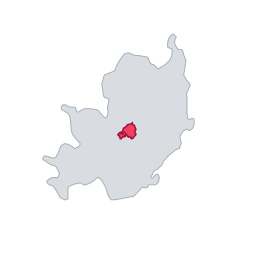 Obwalden highlighted on a map of Switzerland, rotated 138°
{"feature_id": "CHE-3427", "entity_name": "Obwalden", "entity_type": "Canton", "adm_level": 1, "iso_a3": "CHE", "parent_name": "Switzerland", "parent_adm1": "", "projection": "albers", "projection_center": [8.312, 46.869], "detail": "fine", "context": "in_parent", "style": "filled", "palette": "rose", "viewbox_px": 256, "rotation_deg": 138, "n_neighbors": 0, "source": "natural_earth", "source_scale": "10m", "svg_char_len": 3798}
<svg xmlns="http://www.w3.org/2000/svg" viewBox="0 0 256 256"><g transform="rotate(138 128 128)"><path d="M184.2,82.4L185.5,83.2L188.6,86.0L188.0,90.7L184.6,98.3L182.9,104.5L182.7,109.2L183.1,111.4L183.8,111.4L187.1,111.7L188.8,111.6L194.1,112.8L198.5,114.6L199.3,116.6L199.9,118.9L205.1,122.1L211.0,124.1L213.0,123.4L220.0,115.5L222.9,116.7L224.7,120.8L224.7,122.9L222.9,131.1L222.7,135.5L224.5,138.4L224.7,140.6L224.3,142.7L221.3,142.9L217.4,141.9L214.0,138.5L211.5,139.0L209.4,139.9L208.3,143.3L207.4,147.3L207.8,149.5L209.4,151.2L210.7,154.8L211.7,159.4L212.4,161.6L211.7,162.5L209.6,163.2L207.9,162.6L204.8,157.1L203.3,155.0L200.9,154.7L196.8,156.1L190.4,159.4L187.8,159.4L185.6,158.8L183.5,156.2L181.7,151.0L181.1,147.8L179.9,147.9L175.8,147.1L173.9,148.4L173.9,153.6L173.6,160.2L171.6,164.4L165.9,171.8L163.8,175.0L163.0,177.3L162.9,179.3L163.8,182.8L165.0,186.0L164.0,187.9L161.0,188.9L158.8,186.9L157.9,183.4L153.2,178.6L155.3,174.5L155.0,173.5L147.3,171.4L143.9,168.4L139.3,163.0L138.4,160.7L138.6,153.1L138.3,151.3L137.7,150.4L135.5,150.5L132.3,153.1L129.5,157.0L123.6,161.4L122.9,162.3L124.9,166.6L124.8,168.3L120.0,175.1L119.0,177.4L112.9,181.6L110.1,183.2L101.6,180.0L99.2,179.6L95.4,181.7L90.0,183.6L81.3,185.5L78.1,184.0L76.6,182.6L75.9,180.5L73.8,176.8L71.4,174.6L69.7,172.2L67.5,169.6L66.1,167.4L68.1,160.5L66.8,158.1L66.1,154.6L66.5,152.3L65.8,151.7L58.0,150.2L51.6,150.4L46.9,152.6L43.0,156.4L42.5,157.2L42.8,157.9L44.5,161.4L41.3,165.1L36.3,167.8L32.8,168.0L31.3,167.4L31.3,163.4L34.3,162.0L36.9,159.5L37.9,155.9L38.3,153.3L35.6,150.2L36.0,148.3L37.8,144.7L38.9,141.5L40.3,138.8L45.8,134.5L51.3,130.0L52.2,125.3L52.7,119.4L53.5,118.0L60.8,114.7L62.6,113.3L63.6,111.3L69.4,104.9L75.1,98.5L76.2,96.3L77.2,95.0L77.2,94.0L76.5,93.1L73.9,92.5L73.0,90.5L76.0,86.8L79.6,84.6L83.1,84.6L84.5,85.7L84.4,86.9L85.9,88.2L88.6,88.7L91.8,88.3L95.1,87.0L97.2,83.7L98.4,81.2L103.5,78.4L107.0,79.9L116.6,80.3L123.7,79.6L128.1,77.7L133.6,77.7L137.3,78.7L137.9,78.6L138.9,78.3L139.9,77.3L143.4,76.6L143.8,75.7L143.7,74.8L143.1,74.4L138.8,74.8L137.2,74.2L136.8,72.6L138.1,69.9L141.3,67.6L143.9,67.1L145.8,67.7L150.5,71.8L151.6,71.9L152.3,71.1L153.2,70.7L154.8,71.5L156.7,74.1L157.0,74.5L167.4,73.5L169.7,73.5L176.8,77.9L184.2,82.4Z" fill="#d9dde1" stroke="#a8b0b8" stroke-width="1"/><path d="M135.3,128.9L133.5,129.6L132.0,130.6L131.6,130.8L131.1,130.8L130.3,130.6L128.1,130.3L127.6,130.4L126.5,130.8L126.3,130.8L126.0,130.7L125.5,130.5L125.0,130.2L123.6,129.2L122.8,129.0L121.4,129.0L122.1,127.8L121.9,126.9L121.7,126.4L121.5,125.8L121.6,125.4L122.4,123.7L122.5,122.8L122.7,122.4L122.8,122.1L123.2,121.6L123.3,121.5L123.5,121.4L123.8,121.4L124.0,121.5L124.4,121.6L125.4,120.3L126.2,119.5L126.3,119.2L126.3,118.9L126.1,118.3L126.2,118.2L126.9,117.7L129.3,117.5L130.0,117.3L130.3,117.2L130.5,117.1L130.9,117.0L132.5,117.5L132.7,117.8L132.7,118.1L132.6,118.3L132.5,118.6L132.4,118.8L132.2,119.0L132.1,119.3L132.1,119.7L132.3,120.0L132.5,120.2L133.5,120.7L133.8,120.9L133.8,121.1L133.8,122.8L133.8,123.1L133.6,123.8L133.5,125.1L133.5,125.7L133.6,127.1L134.4,128.4L135.3,128.9ZM136.8,130.1L136.3,129.8L137.6,129.4L137.6,129.1L136.8,128.7L136.6,128.5L136.5,128.4L136.3,128.1L136.2,127.9L136.1,127.7L136.0,127.4L135.6,127.1L135.5,126.8L135.6,126.6L135.5,126.4L135.3,125.6L135.2,125.3L135.2,124.5L135.0,124.2L135.2,123.7L135.3,123.6L135.5,123.6L135.7,124.0L135.7,124.4L135.7,124.5L135.8,124.6L136.7,124.0L136.9,124.0L137.1,124.1L137.3,124.5L137.7,124.8L139.8,124.7L140.3,124.7L140.4,124.8L140.8,124.9L140.9,125.0L141.0,125.1L140.9,125.4L140.8,125.6L140.5,125.9L140.3,126.4L140.0,127.2L139.9,127.6L139.7,128.0L139.8,128.3L140.1,128.5L140.1,128.8L140.2,129.1L140.2,129.4L140.1,129.7L138.7,130.2L137.8,129.9L137.6,129.9L137.0,130.0L136.8,130.1Z" fill="#f43f5e" stroke="#9f1239" stroke-width="1.5"/></g></svg>